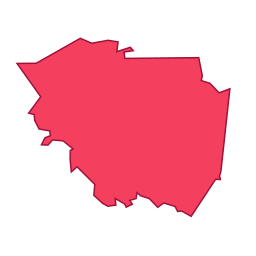 the district of Fayette, West Virginia, United States of America, rotated 175°
{"feature_id": "52423323B52467721983842", "entity_name": "Fayette", "entity_type": "district", "adm_level": 2, "iso_a3": "USA", "parent_name": "United States of America", "parent_adm1": "West Virginia", "projection": "albers", "projection_center": [-81.045, 38.041], "detail": "fine", "context": "isolated", "style": "filled", "palette": "rose", "viewbox_px": 256, "rotation_deg": 175, "n_neighbors": 0, "source": "geoboundaries", "source_scale": "gbopen_adm2", "svg_char_len": 856}
<svg xmlns="http://www.w3.org/2000/svg" viewBox="0 0 256 256"><g transform="rotate(175 128 128)"><path d="M72.8,34.5L45.2,69.3L40.5,68.6L40.6,70.8L41.3,71.9L40.2,74.0L39.1,77.4L23.1,158.2L34.2,155.1L42.5,165.4L51.0,168.9L49.4,173.3L51.4,191.9L125.1,197.6L125.3,204.0L116.0,204.6L118.7,208.2L132.5,205.0L130.4,214.6L140.2,217.1L156.7,215.6L167.7,221.5L213.8,200.5L232.9,202.0L212.2,166.7L225.7,151.5L220.3,149.6L220.3,143.7L216.6,134.7L206.3,132.0L205.9,127.1L211.5,125.5L215.7,118.8L209.2,118.0L204.2,122.7L193.7,120.8L184.5,111.9L187.5,110.7L188.4,101.8L188.3,89.2L182.1,93.8L166.0,74.7L167.9,63.9L159.7,55.0L154.8,51.8L146.8,52.3L146.9,58.9L137.9,52.6L136.7,49.3L130.3,51.7L132.6,55.7L126.1,57.0L124.6,62.9L121.5,59.5L112.9,55.8L105.3,46.4L99.0,50.2L88.0,45.8L85.8,40.5L81.9,40.7L72.8,34.5Z" fill="#f43f5e" stroke="#9f1239" stroke-width="1.5"/></g></svg>